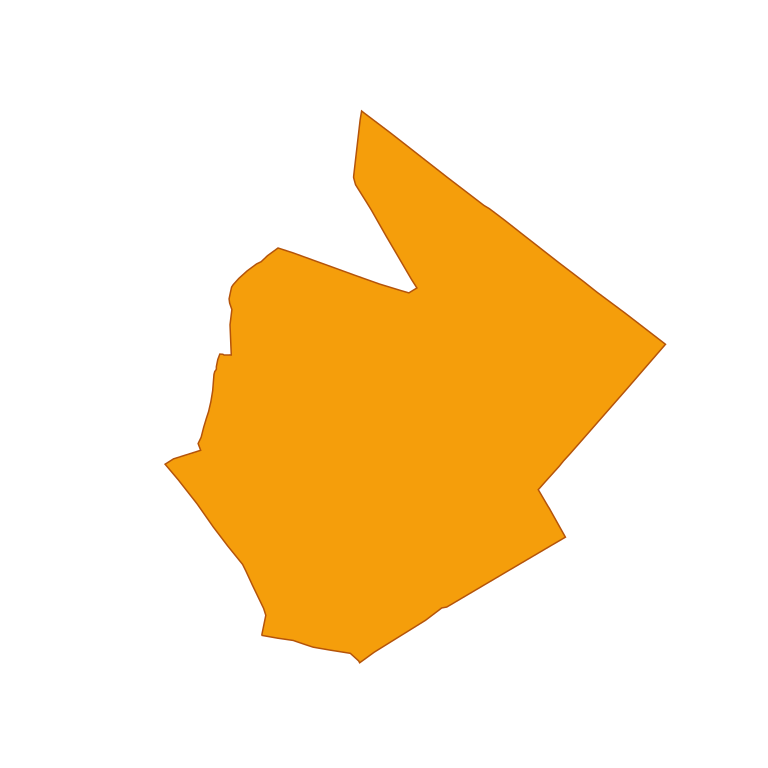 Quan 11, Hồ Chí Minh city, Vietnam (Albers equal-area conic projection), rotated 323°
{"feature_id": "81297802B37641712637141", "entity_name": "Quan 11", "entity_type": "district", "adm_level": 2, "iso_a3": "VNM", "parent_name": "Vietnam", "parent_adm1": "Hồ Chí Minh city", "projection": "albers", "projection_center": [106.646, 10.766], "detail": "fine", "context": "isolated", "style": "filled", "palette": "amber", "viewbox_px": 768, "rotation_deg": 323, "n_neighbors": 0, "source": "geoboundaries", "source_scale": "gbopen_adm2", "svg_char_len": 1515}
<svg xmlns="http://www.w3.org/2000/svg" viewBox="0 0 768 768"><g transform="rotate(323 384 384)"><path d="M531.2,155.5L530.4,152.5L524.0,158.6L498.0,185.9L484.8,199.8L484.0,200.8L482.6,204.2L481.2,207.8L479.4,228.9L478.6,237.3L474.7,267.3L472.5,286.3L472.1,289.8L468.9,316.9L468.1,327.1L458.7,326.2L453.4,319.1L440.6,301.5L425.8,279.1L413.6,260.3L402.3,243.0L390.2,224.4L387.1,220.0L381.2,211.6L368.1,211.4L359.5,212.4L354.5,211.4L342.7,211.3L331.6,212.3L330.1,212.6L323.4,213.9L320.6,214.9L316.6,218.3L311.5,222.8L309.4,226.5L307.3,233.0L296.7,244.0L282.8,264.1L279.5,268.9L273.7,264.6L273.2,263.3L270.9,261.3L266.0,264.4L260.6,269.2L258.9,271.4L256.3,272.2L254.0,274.0L243.1,286.3L235.0,294.0L227.4,300.4L221.5,304.5L214.0,310.0L205.9,316.5L199.7,319.7L197.7,326.6L174.5,318.4L170.8,317.1L160.9,316.3L162.0,336.3L162.6,367.4L161.6,395.5L161.7,419.0L162.5,443.0L161.2,450.0L157.9,465.2L152.8,490.8L150.4,497.6L135.7,510.6L135.3,511.4L146.1,523.0L157.2,534.2L158.7,536.5L164.2,544.6L165.8,546.9L169.0,551.5L173.2,556.0L181.2,564.5L195.0,578.8L197.1,589.9L196.8,592.0L214.8,592.3L275.1,597.7L295.3,597.6L295.7,597.8L299.9,599.9L367.1,607.5L418.8,613.4L436.7,615.5L441.3,581.9L441.3,581.0L443.6,561.2L457.1,558.5L474.6,555.1L480.9,553.5L489.5,551.9L505.5,548.6L532.3,543.0L562.9,536.6L573.5,534.4L596.3,529.5L632.7,521.7L619.4,473.2L609.3,438.7L605.0,422.1L596.7,392.5L584.0,345.1L579.1,326.5L573.7,307.5L571.3,301.6L558.7,256.3L540.6,188.6L531.2,155.5Z" fill="#f59e0b" stroke="#b45309" stroke-width="1.5"/></g></svg>